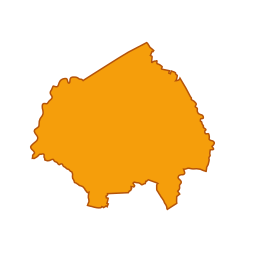 Ca Mau, Cà Mau, Vietnam, rotated 110°
{"feature_id": "81297802B56186863938752", "entity_name": "Ca Mau", "entity_type": "district", "adm_level": 2, "iso_a3": "VNM", "parent_name": "Vietnam", "parent_adm1": "Cà Mau", "projection": "orthographic", "projection_center": [105.22, 9.175], "detail": "fine", "context": "isolated", "style": "filled", "palette": "amber", "viewbox_px": 256, "rotation_deg": 110, "n_neighbors": 0, "source": "geoboundaries", "source_scale": "gbopen_adm2", "svg_char_len": 5839}
<svg xmlns="http://www.w3.org/2000/svg" viewBox="0 0 256 256"><g transform="rotate(110 128 128)"><path d="M191.0,63.2L182.1,56.4L180.2,57.3L175.7,58.8L172.4,56.8L170.4,59.7L168.4,58.9L167.7,58.9L167.0,58.9L166.3,59.1L165.1,59.7L164.4,59.9L163.8,60.0L163.3,59.9L162.0,59.4L161.4,59.3L160.6,59.5L160.1,59.8L159.3,60.8L158.2,63.3L157.8,63.7L157.3,64.1L156.7,64.1L155.7,64.0L155.1,63.7L154.4,63.0L153.7,62.0L153.2,60.7L152.7,59.9L152.1,59.5L151.5,59.3L151.0,59.3L150.3,59.6L147.7,61.7L147.4,60.8L146.8,59.8L145.2,57.8L144.9,56.8L144.6,54.6L144.2,52.9L142.8,49.6L142.0,45.9L142.2,42.6L142.1,40.8L142.1,39.8L141.9,39.7L140.3,40.1L139.5,40.2L138.4,40.6L137.8,40.6L137.3,40.6L135.9,40.3L134.8,40.2L131.3,40.6L130.0,40.9L129.2,41.4L128.5,41.8L127.8,41.8L126.0,41.4L125.6,41.5L124.1,42.4L122.2,42.9L120.5,43.2L120.1,42.7L119.4,41.0L119.1,40.6L118.8,40.4L118.5,40.4L118.2,40.6L117.8,41.0L116.7,42.7L116.4,42.8L114.7,41.9L113.4,41.7L112.8,41.7L112.0,42.1L111.4,43.1L111.2,44.0L111.4,46.2L111.2,47.1L110.8,47.9L110.4,48.1L109.3,48.3L108.2,48.7L107.0,49.4L106.1,50.1L105.9,50.7L106.7,52.4L106.8,53.2L106.5,53.8L105.5,54.5L104.6,54.8L104.1,54.7L103.4,54.2L103.0,54.2L102.6,54.5L101.8,57.1L101.5,57.5L101.1,57.7L100.5,57.7L99.9,58.2L99.2,59.3L98.5,60.0L97.3,60.7L96.9,61.2L97.0,62.1L96.7,62.4L95.5,62.8L94.6,62.8L94.2,62.5L93.9,61.8L93.5,61.0L93.1,60.7L92.6,60.7L91.6,61.2L90.7,62.2L90.5,63.2L90.6,64.4L90.5,65.8L90.3,66.7L89.9,67.4L88.9,68.4L88.0,68.9L86.4,69.3L85.8,69.7L85.4,70.7L85.2,71.8L84.9,72.1L84.2,72.2L83.0,72.0L82.3,72.0L81.6,72.5L80.4,74.7L80.0,76.2L79.8,77.6L79.5,78.3L79.1,78.5L78.4,78.6L78.0,78.8L77.2,80.1L70.6,87.4L63.4,96.2L64.0,96.2L65.5,96.7L66.1,97.4L66.8,98.4L67.2,99.3L66.7,99.1L65.6,99.1L62.8,99.4L61.9,99.6L61.6,99.9L61.3,101.2L61.1,101.4L60.4,102.0L59.9,102.3L59.6,103.6L59.6,106.9L62.5,106.7L62.5,108.4L60.0,108.7L61.1,116.1L61.1,116.5L60.9,116.8L58.9,116.8L58.6,117.0L58.3,117.8L57.7,119.8L57.6,120.8L57.6,122.7L57.3,123.0L56.9,123.2L55.1,123.7L55.0,123.9L55.0,124.1L55.7,124.9L56.1,126.0L57.1,127.1L58.2,127.8L58.2,128.2L57.2,128.6L52.8,129.7L52.4,130.1L52.2,131.8L47.9,131.6L47.8,130.7L46.4,130.3L45.7,132.0L44.7,134.9L41.7,138.7L41.4,139.7L56.7,153.7L66.3,161.4L85.8,176.5L98.4,186.2L98.8,186.4L98.2,187.9L98.2,188.7L98.5,189.7L98.6,190.4L98.5,191.0L98.1,192.3L98.0,193.4L98.1,194.5L98.6,196.1L99.1,197.4L99.4,197.9L100.1,198.7L100.8,199.0L101.6,199.1L102.4,199.0L103.8,198.6L105.1,198.4L105.6,198.5L105.9,198.7L106.1,199.1L106.0,199.6L105.5,200.1L103.0,202.0L102.7,202.9L102.9,203.7L103.2,204.4L104.2,206.0L105.3,207.0L106.4,207.7L107.7,208.0L109.2,208.2L111.3,208.1L112.4,208.2L113.2,208.5L113.7,209.2L114.0,210.5L114.1,212.4L114.4,212.7L117.7,212.9L118.7,213.0L120.0,213.3L120.8,213.3L121.5,213.1L122.4,212.6L124.0,210.6L124.7,209.9L125.9,209.7L126.9,209.9L128.8,210.9L129.8,211.4L132.4,212.1L133.0,212.7L133.6,215.0L134.0,215.7L134.5,216.1L135.2,216.3L135.8,216.3L136.9,216.0L138.6,215.3L140.7,213.9L142.6,213.0L143.7,212.7L145.0,212.7L145.9,212.8L149.2,213.7L150.5,213.7L151.9,213.7L156.0,212.5L157.0,212.4L157.6,212.6L158.5,213.1L161.3,215.0L162.2,215.1L163.2,214.9L164.1,214.1L165.0,213.1L166.2,211.2L167.1,210.1L168.1,209.4L169.1,209.2L170.2,209.2L171.3,209.5L172.3,210.0L175.2,211.7L177.3,212.7L178.3,213.0L179.0,213.0L179.6,212.7L180.2,212.2L180.9,211.2L182.1,208.6L182.8,207.8L183.4,207.3L183.9,207.3L185.6,208.1L186.4,208.2L187.6,207.8L189.2,207.5L189.0,207.1L188.9,206.5L188.8,205.9L188.7,205.7L186.4,203.8L185.0,203.0L183.7,202.5L183.0,202.1L182.7,201.6L182.3,200.5L181.6,199.5L181.4,198.7L181.5,198.0L182.0,197.6L183.9,197.0L184.5,196.6L184.9,196.0L185.2,195.7L185.5,195.6L186.4,195.3L186.5,195.0L186.4,192.7L186.2,192.1L185.8,191.3L185.3,190.5L183.9,189.1L183.4,188.4L183.3,188.1L183.1,187.4L183.2,187.2L184.1,186.2L184.3,185.8L184.5,185.4L184.6,183.4L184.6,183.0L185.7,181.3L185.9,180.8L186.0,180.2L185.9,179.9L185.7,179.7L184.8,179.0L184.5,178.4L184.4,178.1L184.4,177.7L184.6,177.3L184.9,176.8L185.6,176.2L185.9,175.8L186.1,175.4L186.3,174.5L186.4,173.4L186.9,172.5L187.2,171.6L187.3,171.1L187.3,170.6L187.2,170.3L187.2,169.6L187.4,169.1L188.3,167.3L188.4,167.0L188.4,166.0L188.5,165.8L189.1,165.2L190.3,164.3L190.9,164.1L192.6,163.6L194.2,162.8L194.4,162.6L194.7,162.1L196.1,160.6L197.3,159.8L197.5,159.5L197.5,159.1L197.5,158.1L197.5,157.6L198.0,156.2L198.0,155.4L198.6,154.3L198.6,153.7L198.5,153.0L198.5,151.4L198.6,150.5L198.7,150.1L199.3,149.1L199.7,148.1L200.0,147.8L200.4,147.5L200.8,147.1L201.2,146.2L201.9,145.4L202.2,144.8L202.4,144.4L202.5,144.0L202.4,143.6L201.7,142.7L203.0,142.6L203.7,142.4L204.4,142.2L204.8,142.2L206.7,141.6L207.3,141.3L208.2,140.6L209.3,140.0L210.3,139.6L210.7,139.5L211.5,139.5L212.3,139.6L214.6,139.6L214.4,137.0L214.1,135.0L214.0,132.9L213.6,130.3L213.2,128.6L212.4,126.6L211.9,126.1L211.5,125.8L210.8,125.7L210.8,124.8L211.1,123.7L210.3,123.1L209.8,122.6L208.7,121.9L208.7,121.6L209.1,120.7L206.1,120.6L206.0,122.1L204.8,122.1L202.1,122.4L200.8,122.6L200.8,123.5L201.1,124.4L199.6,125.4L198.8,124.7L198.2,124.6L197.9,124.4L197.7,124.3L197.3,124.4L196.7,124.8L188.7,105.6L187.3,105.3L186.4,104.9L186.1,104.4L185.9,104.2L184.6,104.0L183.9,103.9L183.9,104.3L183.4,104.3L182.2,105.0L181.9,105.1L181.6,103.0L181.4,102.4L181.0,102.1L180.3,102.0L180.0,102.0L179.9,102.3L179.6,102.6L178.8,103.4L178.2,104.4L177.9,104.4L177.3,104.0L176.9,103.8L176.7,103.6L176.7,103.4L176.5,101.7L176.3,100.6L176.1,100.1L175.9,99.5L176.0,97.7L176.2,97.0L176.6,96.2L176.6,95.5L175.9,94.7L174.8,93.7L174.3,92.8L172.3,93.0L172.4,92.7L171.7,92.4L170.6,91.7L169.7,91.2L169.7,82.5L169.9,81.0L170.5,81.4L171.3,81.5L171.9,81.5L175.2,80.3L176.3,79.8L176.6,79.5L177.1,78.9L177.9,77.8L179.2,76.2L180.0,75.1L180.9,74.0L181.7,73.0L182.1,72.3L183.8,70.0L184.6,69.1L185.4,68.5L185.9,68.0L187.3,66.1L188.3,65.1L189.0,64.6L190.5,63.8L191.0,63.2Z" fill="#f59e0b" stroke="#b45309" stroke-width="1.5"/></g></svg>